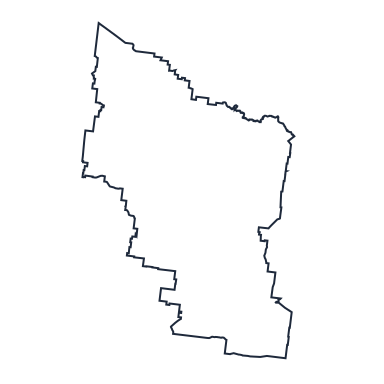 outline of Boyup Brook, Western Australia, Australia, rotated 7°
{"feature_id": "25037944B18504039205701", "entity_name": "Boyup Brook", "entity_type": "district", "adm_level": 2, "iso_a3": "AUS", "parent_name": "Australia", "parent_adm1": "Western Australia", "projection": "robinson", "projection_center": [116.619, -33.886], "detail": "fine", "context": "isolated", "style": "outline", "palette": "slate", "viewbox_px": 384, "rotation_deg": 7, "n_neighbors": 0, "source": "geoboundaries", "source_scale": "gbopen_adm2", "svg_char_len": 5922}
<svg xmlns="http://www.w3.org/2000/svg" viewBox="0 0 384 384"><g transform="rotate(7 192 192)"><path d="M78.7,143.9L78.8,154.1L79.3,169.9L79.3,174.6L80.2,174.6L80.2,175.8L84.8,175.8L84.8,179.3L82.5,179.3L82.5,183.4L81.8,183.4L81.8,186.5L81.5,186.5L81.5,190.6L82.2,190.6L82.2,190.3L84.1,190.3L84.1,188.7L91.5,188.8L91.5,189.4L94.1,189.5L95.5,189.2L99.4,187.1L101.0,186.8L103.6,187.1L103.6,192.3L105.6,192.3L106.4,192.5L109.4,196.1L109.9,196.5L113.9,197.0L115.6,197.6L118.5,197.7L119.2,197.6L119.9,197.2L122.8,197.2L122.8,208.7L127.9,208.7L128.0,213.4L127.8,213.9L128.0,213.9L127.9,218.0L129.3,217.9L129.9,218.2L131.2,219.7L131.6,220.5L132.0,221.9L132.3,222.4L134.4,222.9L136.6,222.9L137.0,223.0L137.6,223.8L137.9,224.7L138.1,225.1L138.5,225.2L138.5,235.2L142.2,235.2L142.3,242.3L141.2,240.9L141.2,243.4L138.2,243.4L138.1,245.7L136.8,245.7L136.8,249.4L137.8,249.4L137.8,254.3L136.6,254.3L136.7,260.5L135.1,260.5L135.1,263.0L142.5,263.0L142.5,263.9L152.4,263.8L152.3,271.6L155.8,271.6L155.8,271.3L161.9,271.3L161.9,271.7L167.8,271.7L167.8,272.7L185.0,272.6L185.0,280.7L187.0,280.7L186.9,285.2L186.6,285.2L186.6,291.2L173.0,291.2L173.0,303.9L180.2,303.9L180.2,306.9L183.3,306.9L183.3,305.4L193.7,305.4L193.7,312.1L196.0,312.1L196.0,313.4L193.7,313.4L193.7,317.8L196.4,317.8L196.4,319.4L195.6,319.9L193.4,321.8L191.2,324.0L187.6,328.1L187.5,328.4L187.7,328.8L188.8,330.4L189.2,331.3L190.3,332.7L190.5,333.5L190.5,335.1L225.0,335.0L226.8,334.9L227.6,334.5L229.6,333.2L232.3,333.3L233.0,333.0L234.9,332.9L235.6,333.0L236.2,332.9L238.6,333.1L239.1,333.0L239.5,332.7L241.2,332.7L241.9,333.1L243.7,334.5L244.2,334.6L244.2,348.3L249.6,348.3L249.8,348.1L253.0,346.9L258.4,347.7L259.2,347.6L261.5,347.8L262.0,348.1L267.3,347.9L269.8,348.1L279.9,347.4L286.3,345.6L305.1,345.6L305.1,332.1L305.7,332.1L305.7,324.0L305.1,323.9L305.1,314.8L305.6,314.8L305.6,299.1L298.4,295.6L291.6,291.3L288.8,291.6L288.6,291.4L289.1,290.8L289.5,291.0L289.8,290.8L290.5,290.9L290.8,290.4L290.9,290.1L291.3,289.8L291.2,288.9L290.8,288.5L290.8,287.9L291.5,287.6L291.9,287.8L292.5,287.6L293.0,286.9L283.6,286.9L283.7,276.6L284.6,272.8L284.6,261.7L276.7,261.7L276.7,253.5L274.4,253.5L274.2,252.5L273.3,249.9L272.3,248.5L271.5,246.4L272.3,243.4L272.3,240.0L273.2,237.6L272.8,236.1L272.8,231.1L270.1,231.1L270.1,232.0L266.1,232.0L265.7,227.4L265.7,226.1L263.7,226.1L263.7,224.4L264.1,224.0L264.1,223.6L262.7,223.5L262.7,218.9L272.4,218.8L272.8,218.1L274.8,215.4L280.0,208.8L282.3,207.8L282.5,207.5L282.5,203.5L282.6,196.4L281.7,196.4L280.5,180.8L281.7,180.5L281.7,169.9L282.5,169.9L282.5,163.2L282.4,163.2L282.4,160.3L283.2,159.8L282.5,159.8L282.5,152.2L283.3,152.2L283.3,145.5L284.7,145.5L284.8,141.4L284.5,141.4L284.5,132.8L281.3,129.7L286.8,124.2L285.3,122.9L285.2,123.0L285.1,122.8L284.2,122.8L283.8,122.3L283.8,121.9L282.9,120.5L281.9,120.7L281.6,120.5L280.6,120.2L280.6,120.4L280.4,120.4L280.0,119.9L279.2,120.0L278.8,119.8L278.6,119.5L278.7,119.3L278.9,119.5L278.6,118.8L278.7,118.7L277.9,118.2L277.6,117.7L277.1,117.1L276.5,115.9L276.0,115.7L275.7,115.4L275.6,114.8L274.8,113.9L274.5,113.7L274.3,113.2L273.7,112.8L272.9,112.9L272.4,112.7L271.1,112.5L270.2,112.2L269.2,111.5L268.8,110.9L268.9,110.3L268.5,108.7L268.7,107.8L268.3,106.6L268.0,106.4L267.7,106.5L267.2,107.0L267.0,107.3L266.5,107.5L266.4,107.5L266.0,107.9L265.5,108.1L264.2,107.6L263.5,107.4L263.5,107.6L263.0,107.5L262.7,107.2L262.1,107.0L261.9,107.2L261.3,106.8L260.5,106.9L259.6,107.1L259.4,107.0L258.9,107.4L257.7,107.9L256.2,107.4L255.0,107.4L254.2,108.1L254.2,108.3L254.3,108.3L254.2,108.5L253.9,108.6L254.1,108.3L253.8,108.3L253.3,108.9L253.1,109.5L253.2,109.8L253.5,110.0L253.4,110.2L253.4,111.0L251.9,111.6L251.5,112.3L251.4,112.7L251.8,113.8L251.7,114.3L250.6,114.4L250.5,113.9L249.7,113.9L249.2,113.8L248.3,113.1L247.7,113.5L247.1,113.3L246.7,113.6L246.5,114.1L245.4,114.1L245.6,113.9L243.0,112.8L242.6,112.7L242.0,113.1L240.9,112.8L241.1,112.7L240.5,112.9L240.5,113.2L240.1,113.8L239.4,114.1L238.8,113.7L238.6,113.5L238.9,113.5L238.7,113.4L237.4,113.1L236.7,112.7L236.5,112.2L236.2,112.0L235.5,112.2L235.2,112.0L235.1,112.4L234.6,112.4L234.2,112.1L233.6,112.3L233.3,112.2L233.2,111.6L233.4,111.4L234.1,110.2L234.2,109.5L234.2,109.1L234.3,108.4L233.9,107.5L233.1,107.2L233.0,107.4L232.7,107.5L232.4,107.1L232.1,107.3L231.6,107.4L231.5,107.2L231.1,107.5L230.7,107.5L230.3,106.9L230.1,105.9L229.8,105.6L228.2,105.8L228.3,105.6L227.0,105.8L226.6,105.6L226.3,106.0L226.0,105.7L224.6,105.3L224.2,105.0L224.1,104.8L224.3,104.7L224.4,104.8L224.4,105.0L224.7,104.6L224.8,103.8L225.7,103.0L226.4,101.9L226.5,101.3L225.6,100.8L225.6,101.1L224.8,100.9L223.9,101.2L223.3,102.4L223.4,102.6L222.6,103.5L222.0,104.6L221.8,104.6L221.7,104.9L221.4,105.0L221.1,104.8L221.3,104.8L220.8,104.2L219.8,103.7L218.6,102.9L218.2,102.9L217.5,103.2L216.1,102.2L215.8,101.9L215.8,101.6L215.6,101.1L214.9,100.1L214.7,99.7L214.8,99.7L214.7,99.4L214.2,99.1L213.3,99.0L211.8,99.4L211.6,100.1L211.6,100.5L205.2,100.5L205.2,102.7L196.9,102.8L196.9,96.9L184.7,96.9L184.7,100.1L180.1,100.0L180.1,89.8L178.6,89.3L177.7,89.3L177.0,88.9L176.0,88.9L176.0,82.1L171.2,82.1L171.2,79.8L168.1,79.8L168.1,81.3L164.0,81.3L164.0,77.5L160.5,77.4L160.5,73.3L160.6,73.1L159.1,73.6L157.9,74.3L155.8,74.2L154.5,74.4L154.5,68.5L152.3,68.5L152.3,65.1L144.7,65.1L145.6,62.2L137.9,62.2L137.9,59.1L119.2,59.1L118.4,58.6L118.1,58.6L117.3,58.2L116.0,57.0L115.7,56.2L115.9,55.8L116.1,53.4L115.7,52.8L115.0,52.3L114.8,52.1L107.7,52.1L98.1,46.5L78.8,35.7L78.9,68.9L79.5,69.0L80.2,69.3L81.1,70.2L82.2,70.5L82.3,79.4L81.3,79.4L81.3,83.8L78.3,86.6L79.4,88.3L80.4,88.3L80.4,89.8L80.9,90.7L80.7,90.8L80.7,91.5L82.1,91.5L82.1,92.5L81.9,92.7L81.9,96.3L80.4,96.3L80.4,101.4L85.4,101.4L85.6,114.7L89.6,114.7L89.6,115.4L90.8,115.4L91.9,115.9L92.5,116.5L94.0,116.8L94.0,117.2L93.8,117.2L93.8,118.7L91.9,118.7L91.9,121.8L91.1,121.8L91.1,123.0L90.0,123.0L90.0,128.8L86.5,128.8L86.4,143.9L78.7,143.9Z" fill="none" stroke="#1e293b" stroke-width="2"/></g></svg>